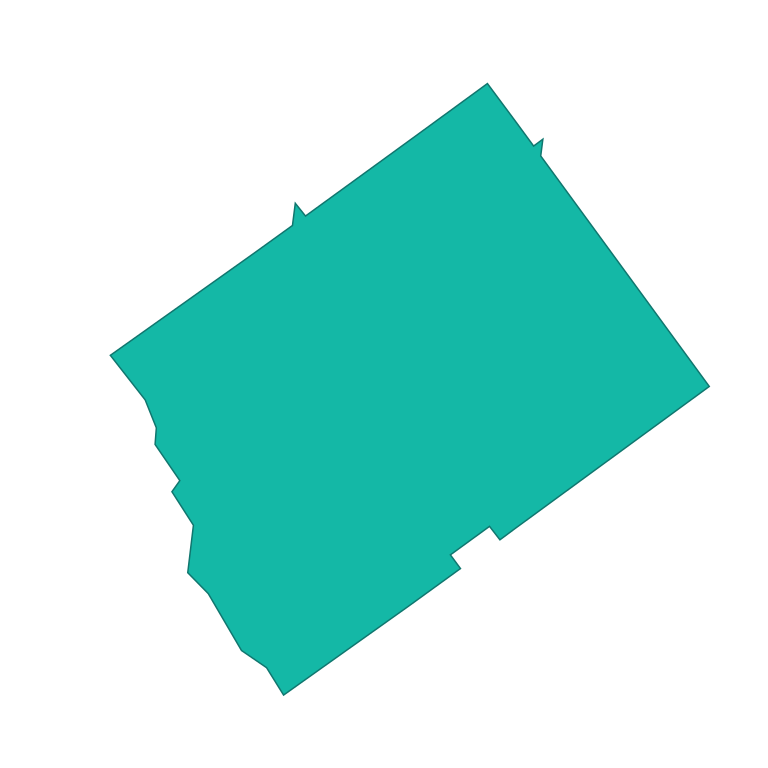 the district of Colquitt, Georgia, United States of America, rotated 143°
{"feature_id": "52423323B91495403121400", "entity_name": "Colquitt", "entity_type": "district", "adm_level": 2, "iso_a3": "USA", "parent_name": "United States of America", "parent_adm1": "Georgia", "projection": "robinson", "projection_center": [-83.721, 31.18], "detail": "fine", "context": "isolated", "style": "filled", "palette": "teal", "viewbox_px": 768, "rotation_deg": 143, "n_neighbors": 0, "source": "geoboundaries", "source_scale": "gbopen_adm2", "svg_char_len": 531}
<svg xmlns="http://www.w3.org/2000/svg" viewBox="0 0 768 768"><g transform="rotate(143 384 384)"><path d="M410.0,566.7L585.3,571.6L584.3,515.0L592.2,486.0L603.2,473.5L605.2,429.7L618.2,425.6L621.2,385.9L654.3,351.4L650.5,322.3L658.2,256.9L648.5,228.1L651.4,196.0L498.6,191.8L434.0,190.6L433.8,207.6L385.4,206.8L385.2,189.8L367.2,189.7L125.7,186.3L121.6,471.8L109.8,483.9L121.3,484.0L120.9,516.0L120.6,561.7L213.0,563.1L345.6,565.4L346.1,581.7L361.7,565.7L410.0,566.7Z" fill="#14b8a6" stroke="#0f766e" stroke-width="1.5"/></g></svg>